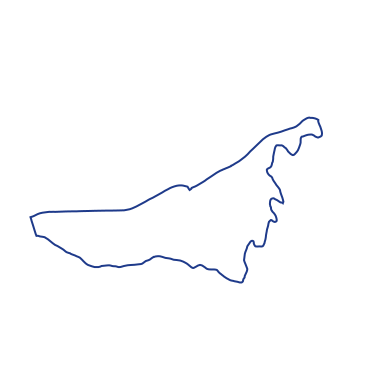 La Caye, Dennery, Saint Lucia, rotated 134°
{"feature_id": "8701671B23998662762063", "entity_name": "La Caye", "entity_type": "district", "adm_level": 2, "iso_a3": "LCA", "parent_name": "Saint Lucia", "parent_adm1": "Dennery", "projection": "albers", "projection_center": [-60.906, 13.932], "detail": "fine", "context": "isolated", "style": "outline", "palette": "blue", "viewbox_px": 384, "rotation_deg": 134, "n_neighbors": 0, "source": "geoboundaries", "source_scale": "gbopen_adm2", "svg_char_len": 5464}
<svg xmlns="http://www.w3.org/2000/svg" viewBox="0 0 384 384"><g transform="rotate(134 192 192)"><path d="M136.9,118.9L136.7,119.0L136.2,119.2L135.5,119.5L135.3,119.8L134.4,121.2L133.3,123.1L132.2,125.4L131.4,127.0L130.4,128.8L129.5,130.0L129.0,131.5L128.6,134.0L128.4,136.0L127.9,138.0L127.3,141.0L126.8,142.7L126.0,144.3L125.8,145.6L126.2,147.4L126.2,148.9L126.0,150.1L125.7,151.1L125.4,151.8L124.5,153.1L123.9,153.7L123.4,153.8L122.2,153.6L120.3,152.9L119.7,152.8L119.2,152.8L118.1,153.0L116.7,153.7L115.5,154.5L114.5,154.8L114.0,155.0L111.8,156.6L110.2,158.1L109.0,158.9L106.5,160.5L104.2,161.9L103.3,162.5L101.9,163.2L101.1,163.4L99.8,163.6L98.7,162.7L97.8,161.6L97.0,160.7L96.4,160.2L96.0,159.6L95.6,158.2L95.6,156.6L95.3,154.8L95.8,151.9L96.1,151.2L96.1,147.4L95.8,146.2L95.6,145.4L95.3,145.0L94.4,144.5L93.4,144.4L90.2,144.5L88.4,144.8L86.0,145.7L82.7,147.2L82.0,147.6L81.6,147.8L80.9,148.3L79.1,150.0L78.4,150.6L77.9,151.0L76.9,151.4L76.0,151.5L74.9,150.7L73.8,150.2L72.5,149.6L71.2,148.9L70.1,148.2L69.0,147.3L68.0,146.3L67.4,145.7L66.9,144.4L66.6,143.3L66.5,142.0L66.2,141.1L65.5,139.5L65.2,139.1L63.9,138.5L62.7,138.0L61.3,137.9L60.0,138.8L59.3,139.4L58.1,141.0L56.9,143.2L55.8,145.3L55.3,146.7L54.9,147.5L54.8,147.8L54.3,148.9L53.5,150.3L52.4,151.2L52.9,153.0L53.6,154.6L54.5,156.1L55.3,157.2L56.2,158.1L56.5,158.4L56.9,159.2L57.5,159.7L58.3,160.2L59.4,160.7L61.2,161.2L63.1,161.7L64.4,161.9L66.6,161.9L68.0,161.9L71.6,162.4L72.9,162.7L75.0,163.6L77.0,164.7L78.2,165.5L80.4,166.6L83.2,168.1L86.5,169.7L88.3,170.7L89.7,171.5L92.7,173.4L94.2,174.3L95.9,175.3L97.2,175.9L100.6,176.9L104.8,177.6L110.3,177.8L112.8,177.9L118.5,178.1L122.3,178.3L126.2,178.2L129.8,178.4L135.2,179.2L137.5,179.6L141.4,180.7L144.6,181.5L145.9,182.1L146.3,181.9L149.5,183.2L150.0,183.4L150.8,183.8L151.5,184.1L153.2,184.8L153.6,185.0L154.2,185.3L154.9,185.5L157.2,186.5L157.9,186.7L161.2,187.7L162.2,187.9L167.4,189.0L168.3,189.2L172.7,190.2L174.8,190.5L176.1,190.8L177.3,191.1L181.3,192.2L184.2,193.0L185.9,193.6L187.2,194.2L189.3,195.1L189.9,194.8L190.7,194.8L192.2,195.1L192.0,196.3L191.3,198.9L191.9,200.0L193.6,202.9L194.6,204.2L196.4,206.0L198.1,207.3L200.3,208.6L202.7,209.8L204.4,210.5L206.7,211.2L209.9,212.3L213.1,213.1L218.7,214.8L220.3,215.3L223.3,216.2L226.4,217.4L228.0,217.9L231.3,218.8L236.3,220.4L238.1,221.0L239.4,221.4L241.2,222.0L245.2,223.6L247.6,224.8L250.5,226.8L252.3,228.1L256.4,232.1L258.4,234.1L258.8,234.5L261.1,236.8L265.6,241.4L269.9,245.7L273.1,248.9L278.0,253.7L280.9,256.6L284.9,260.5L286.0,261.5L287.5,263.1L290.2,265.8L292.3,267.9L293.7,269.3L295.9,271.4L300.8,276.1L302.9,278.3L304.5,279.9L305.4,280.9L307.9,282.9L310.8,285.2L313.1,286.7L315.2,287.7L318.9,289.0L320.5,289.7L321.9,290.5L322.3,290.7L323.7,288.1L324.0,287.7L326.3,283.4L328.9,278.7L330.8,275.2L331.6,273.4L330.5,272.4L329.8,271.0L329.7,270.7L327.9,268.2L327.0,266.8L326.8,266.4L326.8,266.0L326.1,262.9L325.8,259.4L325.6,256.8L325.3,254.6L325.2,253.8L324.3,251.2L323.3,246.9L322.8,244.5L322.6,241.5L322.4,240.4L321.5,238.4L320.8,237.2L320.8,236.6L320.3,235.2L318.9,232.0L318.4,230.4L317.7,228.8L317.2,227.3L317.1,226.5L317.1,223.7L317.2,222.2L317.2,219.0L317.0,217.4L316.7,216.1L315.0,212.4L313.7,210.0L312.2,208.4L310.9,207.1L309.3,206.1L308.1,205.7L306.1,204.0L303.7,202.0L302.3,200.7L301.4,199.4L300.7,198.0L300.0,197.0L298.7,195.6L298.0,194.5L297.2,192.9L296.4,192.0L295.4,191.2L292.6,189.6L289.4,187.4L286.9,185.2L284.3,182.8L281.6,180.6L279.2,178.6L278.8,178.4L278.0,178.0L273.8,177.3L271.2,175.9L269.9,175.4L267.4,175.0L265.3,174.5L265.2,174.2L263.9,173.6L262.4,172.4L261.5,171.6L260.5,170.4L259.3,168.3L257.9,165.4L255.7,162.4L254.8,161.0L254.2,159.7L253.5,158.2L252.8,157.3L251.2,155.3L250.9,154.8L250.2,153.9L249.4,152.7L248.2,150.0L247.6,148.0L247.1,146.1L246.9,144.6L246.8,143.1L246.6,140.4L246.3,139.2L245.9,138.4L245.3,138.0L243.2,137.3L240.7,136.6L239.6,136.0L238.9,135.6L238.3,134.6L237.8,133.6L237.2,130.3L237.1,128.9L236.8,127.6L235.9,126.1L234.5,124.5L232.3,122.2L231.3,120.9L230.8,119.9L230.9,118.5L231.1,117.2L231.1,115.4L230.9,114.1L230.8,112.7L230.7,111.7L230.6,111.4L230.6,110.4L230.0,107.1L229.6,105.8L229.2,104.2L228.8,103.0L228.1,101.8L227.1,100.3L226.8,99.6L225.0,96.9L223.9,94.8L222.9,93.7L222.1,93.3L221.0,93.3L219.0,94.5L217.8,94.7L217.4,94.7L216.8,94.9L215.8,95.7L215.3,95.9L214.4,96.2L211.3,97.3L209.6,98.2L208.8,99.0L207.9,100.9L206.8,103.3L205.7,105.8L204.9,107.2L201.7,109.6L199.7,111.1L197.7,112.1L197.1,112.3L194.3,113.5L193.2,114.2L192.2,114.6L188.9,115.1L188.2,115.3L187.0,115.4L186.8,115.4L185.8,115.2L185.2,114.7L184.9,114.2L184.8,113.5L185.4,112.5L186.1,111.8L186.6,110.7L186.8,110.1L187.0,109.5L187.0,108.6L186.8,108.3L186.6,108.0L185.6,106.9L184.6,106.0L183.3,104.6L182.8,104.0L181.9,103.5L181.0,103.5L178.3,104.4L177.6,104.9L175.0,106.3L173.1,107.6L171.6,108.8L170.1,109.8L168.1,111.1L167.9,111.3L166.5,112.2L165.1,112.9L163.1,114.0L162.0,114.8L160.6,115.6L160.0,115.9L158.4,115.9L157.4,115.8L157.0,115.3L156.9,115.0L156.9,113.9L156.5,112.5L156.0,111.6L155.1,111.1L154.2,111.0L153.5,111.4L152.8,112.2L152.0,113.4L151.1,115.1L150.9,115.7L150.7,116.4L150.5,117.3L150.3,118.7L150.3,120.1L150.1,121.2L150.0,121.3L149.9,122.0L149.7,122.6L149.3,123.3L148.1,124.7L147.9,125.7L147.4,126.3L146.7,127.4L146.1,128.0L145.1,128.8L144.2,129.5L143.2,130.0L141.8,130.2L140.8,129.7L140.0,129.1L139.7,128.6L139.4,127.0L138.8,125.4L138.5,123.8L138.2,121.9L138.0,121.1L136.9,119.5L136.9,118.9Z" fill="none" stroke="#1e3a8a" stroke-width="2"/></g></svg>